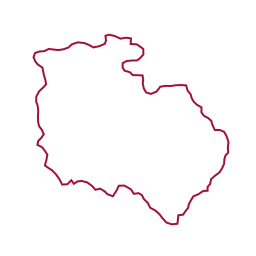 Silveirânia, Minas Gerais, Brazil (orthographic projection), rotated 277°
{"feature_id": "56859067B59643635589042", "entity_name": "Silveirânia", "entity_type": "district", "adm_level": 2, "iso_a3": "BRA", "parent_name": "Brazil", "parent_adm1": "Minas Gerais", "projection": "orthographic", "projection_center": [-43.2, -21.146], "detail": "fine", "context": "isolated", "style": "outline", "palette": "rose", "viewbox_px": 256, "rotation_deg": 277, "n_neighbors": 0, "source": "geoboundaries", "source_scale": "gbopen_adm2", "svg_char_len": 1817}
<svg xmlns="http://www.w3.org/2000/svg" viewBox="0 0 256 256"><g transform="rotate(277 128 128)"><path d="M80.7,50.1L78.7,53.8L76.8,57.7L73.3,62.1L68.7,66.3L63.8,69.5L64.8,74.7L69.2,78.1L66.0,81.1L68.8,84.3L69.8,88.3L69.1,94.0L66.0,99.6L62.7,103.1L64.4,107.8L62.2,112.7L59.8,115.6L58.4,121.3L64.4,124.2L69.6,126.0L70.4,131.4L67.5,138.4L63.4,141.8L64.6,146.5L63.1,150.0L59.4,152.4L56.0,156.8L51.6,159.7L49.5,165.0L46.4,169.6L42.8,173.1L38.9,177.6L37.7,183.1L39.0,188.7L43.7,188.7L47.5,188.6L48.7,193.2L53.0,195.5L56.1,197.4L60.0,197.7L63.7,199.2L68.0,201.1L71.0,206.1L74.7,210.4L75.4,214.6L79.3,214.2L82.2,216.3L87.3,216.7L91.1,220.0L95.0,224.2L99.3,226.2L103.9,227.7L109.1,227.5L112.6,228.1L115.7,230.4L121.0,229.5L126.5,229.4L132.1,226.7L136.0,223.7L137.2,219.2L136.6,214.4L141.8,211.2L145.2,209.8L147.7,206.3L149.2,202.1L152.4,199.0L157.5,198.4L159.4,193.6L162.1,190.1L165.0,187.8L169.1,186.0L172.4,182.6L177.4,180.5L177.1,175.3L176.1,169.5L174.9,165.4L174.4,160.2L172.9,155.0L167.6,151.9L164.6,146.5L165.6,141.5L169.2,138.9L173.8,137.2L178.0,137.2L182.0,136.0L181.5,130.4L181.1,126.2L183.6,123.1L184.5,117.5L187.5,115.2L191.8,114.9L194.3,118.5L195.4,123.3L196.2,128.9L198.9,131.6L202.9,134.3L208.4,133.5L212.1,126.6L211.7,120.4L217.3,120.0L217.4,115.2L215.8,109.6L217.7,103.4L218.3,97.8L216.8,94.4L212.2,95.5L208.8,94.8L205.7,89.5L203.8,83.9L205.7,79.1L207.0,74.1L206.9,67.6L204.2,62.1L200.6,59.0L198.2,54.2L196.9,49.4L196.8,44.4L196.8,39.7L194.1,35.5L193.1,30.7L191.1,26.6L186.8,25.6L182.9,27.8L180.2,30.5L177.5,35.7L170.5,38.0L165.4,40.2L161.4,41.4L157.9,38.9L153.6,35.3L148.0,33.2L142.8,33.7L139.4,35.5L134.8,36.7L129.0,37.2L123.2,38.0L119.0,39.5L115.8,42.6L111.5,45.2L107.8,43.2L104.1,40.5L100.2,40.2L98.5,45.0L95.3,48.2L91.7,51.2L86.3,50.9L80.7,50.1Z" fill="none" stroke="#9f1239" stroke-width="2"/></g></svg>